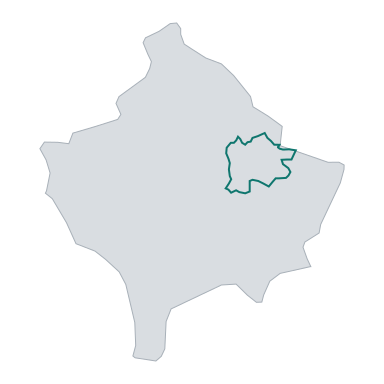 Priština on a map of Kosovo (Albers equal-area conic projection)
{"feature_id": "KOS-5902", "entity_name": "Priština", "entity_type": "District", "adm_level": 1, "iso_a3": "XKX", "parent_name": "Kosovo", "parent_adm1": "", "projection": "albers", "projection_center": [21.268, 42.679], "detail": "fine", "context": "in_parent", "style": "outline", "palette": "teal", "viewbox_px": 384, "rotation_deg": 0, "n_neighbors": 0, "source": "natural_earth", "source_scale": "10m", "svg_char_len": 1704}
<svg xmlns="http://www.w3.org/2000/svg" viewBox="0 0 384 384"><path d="M95.7,126.4L117.7,119.4L120.9,114.4L116.0,103.4L119.0,96.6L145.4,77.3L149.7,68.5L151.4,61.6L147.9,54.3L143.1,42.7L145.5,37.8L159.1,31.3L170.2,23.6L176.7,23.0L180.7,28.6L180.7,34.4L184.2,44.1L192.3,49.4L205.8,58.0L221.4,63.9L233.7,75.6L250.5,96.5L253.0,106.8L268.1,116.1L282.2,126.4L280.1,145.7L328.1,162.3L338.9,162.2L344.1,165.0L344.0,169.4L340.3,182.9L320.7,224.4L319.1,233.0L304.9,242.0L303.0,247.2L307.1,258.7L310.8,266.6L310.5,266.6L280.1,273.4L269.8,281.2L263.7,294.9L261.8,302.1L256.4,302.3L247.4,295.2L236.1,284.1L221.4,285.0L171.1,308.9L166.1,321.5L164.8,348.9L161.3,356.3L155.9,361.0L135.1,357.8L132.9,356.0L135.7,345.5L134.8,322.5L125.8,284.4L119.2,271.9L105.6,259.4L95.0,251.1L76.0,243.7L66.5,222.7L52.3,198.7L45.4,193.2L46.5,190.9L50.1,173.0L46.1,159.9L39.9,148.7L44.4,142.1L57.7,142.3L68.8,143.7L72.9,133.1L95.7,126.4Z" fill="#d9dde1" stroke="#a8b0b8" stroke-width="1"/><path d="M279.5,144.8L278.9,146.0L278.1,146.7L278.0,147.4L279.7,148.7L282.7,149.5L284.9,149.5L289.1,149.3L295.8,150.3L291.5,159.5L287.7,159.5L281.6,159.8L283.0,164.2L288.3,168.1L290.4,172.0L288.5,175.5L286.0,177.9L279.4,178.3L275.7,178.3L272.4,182.1L268.8,186.5L263.3,183.5L258.3,181.0L252.5,179.8L249.7,181.0L249.7,186.6L249.7,191.5L245.2,193.3L239.3,192.1L236.1,190.3L231.1,192.7L228.4,189.6L225.7,188.4L228.9,183.5L231.2,179.2L229.8,176.1L228.9,169.3L229.8,163.1L228.5,158.8L226.2,153.3L226.7,147.7L230.8,142.8L233.9,142.8L236.2,140.4L238.0,136.7L240.3,139.1L242.1,142.8L245.2,144.7L247.5,142.2L250.7,141.6L252.5,137.9L257.9,136.1L264.7,133.0L267.4,137.9L271.0,141.0L274.2,144.7L279.5,144.8Z" fill="none" stroke="#0f766e" stroke-width="2"/></svg>